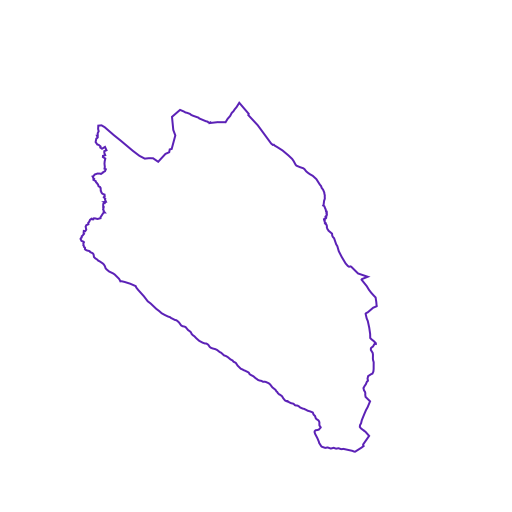 Mkalama, Singida, United Republic of Tanzania (Robinson projection), rotated 310°
{"feature_id": "72390352B53166842903656", "entity_name": "Mkalama", "entity_type": "district", "adm_level": 2, "iso_a3": "TZA", "parent_name": "United Republic of Tanzania", "parent_adm1": "Singida", "projection": "robinson", "projection_center": [34.654, -4.212], "detail": "fine", "context": "isolated", "style": "outline", "palette": "violet", "viewbox_px": 512, "rotation_deg": 310, "n_neighbors": 0, "source": "geoboundaries", "source_scale": "gbopen_adm2", "svg_char_len": 6090}
<svg xmlns="http://www.w3.org/2000/svg" viewBox="0 0 512 512"><g transform="rotate(310 256 256)"><path d="M256.8,53.7L254.5,51.4L251.8,53.4L250.4,55.3L248.3,55.8L246.4,57.5L245.9,56.9L245.1,58.5L244.3,58.5L243.3,58.2L240.2,59.9L239.4,62.8L240.0,64.1L240.0,66.5L239.0,67.0L239.2,69.1L242.5,70.2L240.9,73.5L238.8,72.4L237.5,73.5L236.3,75.7L234.4,74.4L233.4,75.1L233.8,77.9L231.3,79.2L229.3,80.6L227.0,83.0L225.5,83.8L225.9,85.2L223.9,85.8L221.5,84.9L221.3,85.1L219.2,84.5L219.1,83.9L217.3,81.6L214.8,80.1L212.5,80.1L211.9,79.7L211.4,80.9L211.2,81.0L210.9,81.9L211.0,82.3L209.9,82.5L210.3,85.2L210.0,85.5L209.6,86.3L209.7,87.0L209.3,88.1L209.3,89.0L208.8,89.6L208.2,90.6L208.6,92.2L208.2,92.8L208.2,93.3L206.1,95.2L206.1,95.6L205.3,96.7L205.0,98.2L205.3,99.5L205.7,100.5L204.4,101.8L203.6,101.6L203.2,101.6L202.9,103.7L202.6,103.7L202.1,104.1L201.1,106.2L199.9,105.1L200.1,106.0L199.4,105.8L199.2,106.0L198.9,105.6L198.2,105.3L197.0,106.0L195.5,107.3L195.6,107.7L195.0,107.8L194.9,108.3L194.4,108.4L193.3,109.0L193.1,110.0L192.4,110.4L192.1,112.2L191.4,111.4L190.5,111.4L185.7,112.0L185.0,112.6L182.5,110.8L181.3,108.4L180.4,107.4L179.5,107.8L178.8,107.0L178.8,106.0L177.0,105.6L175.1,106.2L173.5,106.2L172.6,107.2L170.6,106.2L169.0,106.6L167.1,109.0L165.1,109.2L164.5,108.0L162.7,109.2L162.5,110.0L160.0,110.0L159.1,109.8L158.1,110.6L157.1,110.4L156.3,110.6L155.4,112.6L156.1,114.7L156.0,115.3L154.6,115.7L153.8,116.6L153.2,116.9L153.2,117.4L152.9,117.6L152.3,117.5L152.6,117.7L152.4,118.5L152.5,119.4L152.3,119.9L151.3,120.5L151.2,121.3L151.6,123.0L152.6,125.0L152.7,125.9L152.4,126.5L153.1,128.9L153.0,130.0L152.6,130.8L151.1,132.5L151.0,133.4L150.9,134.3L151.2,136.8L151.0,138.1L151.4,139.6L151.8,143.3L151.7,144.9L151.0,146.9L149.9,148.7L149.7,150.1L149.7,153.4L150.8,157.7L151.0,159.6L150.5,165.7L149.9,167.4L149.4,168.4L150.3,169.3L151.7,172.1L153.9,177.4L155.6,183.2L154.9,184.5L154.3,187.3L153.1,195.9L151.7,202.2L151.9,205.8L151.4,213.5L151.6,217.4L151.5,220.5L152.2,224.1L153.1,227.6L153.9,229.5L153.9,231.0L154.2,231.9L154.9,235.0L155.6,236.3L155.7,237.8L155.6,239.8L154.7,243.3L155.0,244.9L155.7,246.1L156.3,247.7L155.6,251.6L155.8,253.7L155.7,255.2L154.9,256.8L154.9,257.5L154.7,258.2L154.9,260.4L154.6,263.1L154.5,267.0L155.3,270.8L156.1,273.0L157.0,274.2L157.2,275.2L157.3,276.5L156.6,279.0L156.7,280.5L157.3,282.2L158.5,284.7L159.0,286.6L159.1,290.0L159.5,291.5L159.3,295.4L160.0,297.1L160.4,299.2L160.4,302.9L160.9,305.3L160.6,306.3L160.6,307.1L160.9,307.8L161.1,309.4L160.2,312.4L159.9,316.4L159.9,317.1L160.5,318.8L160.5,319.6L161.1,321.3L161.9,324.6L162.0,325.5L161.4,327.0L161.5,328.2L162.2,331.4L162.1,334.3L162.3,335.4L162.3,337.0L162.8,338.6L163.8,340.4L164.2,342.3L165.1,343.2L165.8,344.4L166.7,347.5L166.7,349.4L165.9,352.9L166.0,357.0L165.4,358.7L165.5,359.6L165.0,360.9L164.9,363.0L165.2,363.6L165.3,366.1L164.5,368.4L164.0,371.1L164.2,372.1L165.1,373.3L164.7,373.7L165.1,374.3L165.3,375.6L165.8,377.5L166.8,379.4L166.9,380.5L166.7,381.6L167.0,382.4L168.1,384.0L168.4,385.6L168.3,386.8L168.6,388.1L169.2,390.0L170.0,391.5L170.0,392.2L170.5,393.7L170.6,394.8L171.8,397.5L172.6,400.0L172.4,400.6L171.8,401.5L171.5,402.2L171.4,404.0L170.0,406.3L170.0,407.9L170.2,409.3L170.0,410.2L169.4,411.4L167.6,412.9L166.9,413.6L166.5,415.3L166.2,415.8L163.3,415.7L161.8,414.6L161.2,413.9L160.4,413.6L159.5,413.6L158.8,414.0L157.8,415.5L155.8,420.3L154.1,423.6L153.4,424.5L152.2,428.3L152.2,429.0L153.3,431.9L153.7,432.6L154.9,433.5L155.4,434.0L156.6,437.1L159.0,438.8L159.6,440.5L160.0,441.3L161.8,442.8L162.6,445.0L163.1,445.8L164.4,446.9L168.6,454.9L169.3,457.0L169.8,457.7L177.0,460.0L179.6,460.6L180.1,459.5L180.6,459.2L190.9,458.3L191.7,452.9L191.7,452.1L191.5,451.3L191.7,450.8L191.5,449.7L191.4,447.1L191.8,445.4L193.3,444.4L195.4,444.0L198.2,442.6L204.4,440.6L208.7,439.3L211.9,438.7L218.0,436.8L218.5,430.5L219.9,428.9L221.2,427.9L222.0,426.8L222.5,425.1L223.9,423.2L226.6,422.7L228.3,422.6L231.1,421.7L231.9,422.0L232.7,421.7L233.7,420.3L236.1,419.1L239.6,420.2L240.7,420.8L242.9,420.2L245.0,418.8L250.3,414.4L251.5,412.6L252.4,411.6L255.6,409.0L256.8,407.6L257.8,404.5L258.5,403.8L259.3,403.3L260.4,403.4L261.9,403.8L264.0,403.4L264.6,403.6L265.3,403.2L265.4,403.7L265.7,404.3L266.2,403.9L266.5,401.2L266.4,397.8L266.6,396.2L269.6,393.6L273.8,388.9L278.0,383.5L279.4,380.8L282.2,377.1L283.1,377.1L284.6,377.8L291.7,379.0L295.0,380.7L295.3,380.7L295.7,380.1L298.0,377.8L301.1,374.3L301.4,371.5L301.9,367.9L302.7,364.3L304.1,360.2L305.7,352.1L306.4,352.0L311.9,354.9L308.2,345.4L309.0,335.9L308.8,335.1L307.6,334.2L307.5,333.6L307.4,332.7L307.9,329.4L310.4,322.2L312.9,316.3L315.8,312.0L316.5,309.9L319.5,304.9L319.8,304.4L320.0,302.6L320.7,301.2L322.0,299.9L322.0,295.2L322.3,294.6L322.6,293.3L323.6,291.7L324.4,291.2L325.2,290.0L325.3,288.1L326.0,288.2L326.2,286.8L326.5,286.3L327.2,286.0L327.2,285.5L327.4,284.9L327.7,284.6L328.1,285.0L328.5,284.7L328.8,285.1L329.8,285.3L330.0,284.7L330.5,284.2L330.8,284.5L331.1,283.9L332.1,284.0L332.3,284.2L333.7,283.4L333.8,283.2L333.5,283.1L333.6,282.8L334.6,282.5L335.1,282.0L334.8,281.9L335.0,281.2L336.6,279.3L336.8,278.6L338.0,276.5L338.1,275.7L337.9,275.0L338.8,274.8L342.0,272.7L344.1,271.9L345.9,270.3L346.7,269.7L347.7,268.3L348.5,267.5L349.9,264.8L350.4,262.5L351.4,260.9L351.7,259.1L353.7,252.8L353.9,247.9L353.3,244.7L353.1,242.2L353.1,240.0L353.7,237.3L353.6,235.8L352.3,232.5L351.2,228.9L351.4,227.6L352.9,223.8L353.6,221.3L353.9,216.1L353.9,208.5L353.1,202.3L352.6,199.5L352.7,198.1L351.9,197.5L351.9,195.3L357.3,173.2L359.0,159.5L360.2,159.1L362.6,144.7L357.5,145.4L354.6,145.4L352.2,145.7L350.9,145.5L349.7,145.5L346.7,146.2L342.8,146.1L338.9,146.7L333.8,140.5L328.1,135.1L328.3,135.0L328.0,134.9L328.0,133.9L327.7,133.4L327.8,132.5L327.0,130.9L324.9,124.1L325.0,123.0L323.0,117.7L322.4,115.7L322.4,114.1L321.4,111.2L320.6,109.7L320.3,107.8L319.1,103.9L308.6,102.2L299.4,111.6L296.5,116.7L283.8,122.6L282.2,121.4L279.7,122.8L276.0,121.0L265.3,120.5L264.7,114.3L262.0,111.0L259.1,108.2L257.8,102.3L257.4,94.1L257.4,77.9L257.2,69.4L257.4,57.3L256.8,53.7Z" fill="none" stroke="#5b21b6" stroke-width="2"/></g></svg>